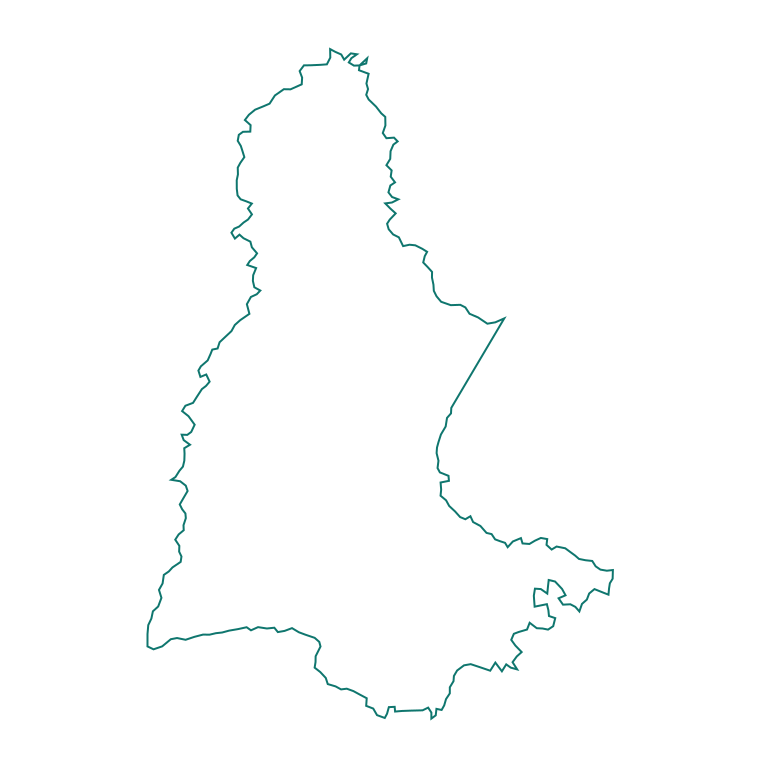 the district of Curiúva, Paraná, Brazil, rotated 91°
{"feature_id": "56859067B60158173391359", "entity_name": "Curiúva", "entity_type": "district", "adm_level": 2, "iso_a3": "BRA", "parent_name": "Brazil", "parent_adm1": "Paraná", "projection": "albers", "projection_center": [-50.47, -23.991], "detail": "fine", "context": "isolated", "style": "outline", "palette": "teal", "viewbox_px": 768, "rotation_deg": 91, "n_neighbors": 0, "source": "geoboundaries", "source_scale": "gbopen_adm2", "svg_char_len": 4346}
<svg xmlns="http://www.w3.org/2000/svg" viewBox="0 0 768 768"><g transform="rotate(91 384 384)"><path d="M65.9,414.0L66.2,419.6L63.1,424.8L58.8,422.3L54.8,416.8L54.0,422.9L60.4,429.5L55.3,432.5L52.8,438.4L50.1,443.7L58.6,443.4L65.4,446.7L66.0,453.3L66.6,462.9L66.8,469.6L72.6,473.8L79.1,471.2L85.8,471.5L91.0,482.6L91.0,489.3L97.4,498.1L105.7,503.3L108.5,509.5L112.0,517.7L117.2,523.8L122.5,527.7L127.5,521.9L134.0,522.1L134.3,529.4L137.4,533.5L143.4,534.5L148.5,531.3L153.5,529.6L159.6,527.6L165.4,531.5L170.2,534.0L177.0,533.7L182.8,534.8L191.4,534.6L198.0,533.7L201.8,530.6L203.8,524.8L205.9,519.3L210.9,523.1L216.7,519.0L221.9,522.8L225.0,527.2L229.1,531.6L231.3,536.4L235.4,539.2L241.2,535.6L237.2,531.1L240.7,527.0L244.0,520.1L249.6,518.5L255.6,513.2L259.6,515.9L263.4,520.3L267.4,522.8L270.3,513.9L277.5,516.7L283.2,516.9L289.6,515.3L292.7,509.3L296.5,512.8L299.3,518.6L306.6,522.5L316.2,519.8L322.7,528.9L327.6,534.2L333.7,537.4L345.1,549.1L351.4,551.0L352.6,556.3L356.9,557.9L363.5,560.7L369.5,567.4L373.8,569.8L380.1,567.7L377.6,561.9L384.7,558.4L389.0,561.9L392.3,566.0L400.6,571.2L406.2,574.6L409.2,582.2L414.6,585.4L419.6,578.9L428.0,572.6L435.3,575.9L438.3,579.8L438.2,585.4L443.6,583.3L448.1,576.9L451.7,582.6L457.2,582.2L464.1,582.3L470.1,583.6L474.3,587.0L480.7,590.9L483.5,595.0L484.8,586.1L489.1,580.4L494.4,578.5L501.7,582.6L508.0,586.1L512.8,583.6L516.9,580.3L521.6,579.8L528.7,582.0L533.7,581.7L538.0,586.7L543.3,590.0L549.4,585.8L555.2,585.9L560.0,583.5L565.4,584.2L571.1,592.3L575.2,595.9L578.7,600.8L587.3,601.9L593.8,605.4L601.7,602.8L610.4,605.9L615.3,611.1L622.6,612.5L629.2,615.5L638.1,616.1L650.5,615.9L653.3,609.8L650.2,601.2L642.9,592.7L641.6,586.5L643.2,577.9L640.1,569.1L637.7,560.5L637.7,554.1L636.1,547.8L635.3,541.5L633.3,534.6L631.6,525.6L629.6,517.1L632.6,512.7L629.3,505.7L630.5,496.8L629.6,489.4L633.9,485.8L632.6,479.1L629.7,471.7L633.7,464.8L636.0,458.3L639.0,448.9L643.0,444.2L647.6,442.9L657.4,447.6L663.2,447.6L668.8,448.4L673.1,442.7L678.9,437.1L685.0,435.0L687.2,427.1L690.1,421.6L689.3,415.9L691.6,409.2L695.1,402.5L698.5,395.8L706.1,396.2L708.7,389.1L715.2,385.2L717.9,377.4L713.6,375.2L707.0,373.5L706.6,367.7L711.3,367.2L710.6,360.3L710.1,351.1L709.6,339.7L706.8,334.2L711.7,330.9L717.7,330.8L714.4,326.5L707.9,325.9L708.9,320.7L704.3,318.2L698.0,316.5L692.2,312.8L686.1,312.9L679.9,309.3L674.7,309.0L669.2,305.9L663.9,299.1L662.6,292.4L665.4,283.4L668.8,272.8L660.6,267.8L669.2,261.1L662.2,256.9L665.4,252.3L667.0,245.9L659.9,250.6L654.1,246.5L649.6,241.7L643.2,248.1L637.6,252.3L631.5,249.8L629.6,245.0L627.0,236.7L620.2,234.2L625.5,227.0L625.7,221.2L626.7,215.7L623.2,210.6L615.1,208.7L613.1,215.0L607.3,215.7L601.3,217.3L604.0,229.5L593.1,230.5L586.0,229.5L586.3,223.6L590.7,217.1L583.5,216.5L577.1,215.9L578.5,209.5L585.8,202.4L592.1,198.8L595.2,205.7L601.5,201.2L601.0,193.8L603.5,188.8L608.0,184.7L600.4,182.2L596.0,177.4L589.9,175.2L585.4,170.0L588.9,160.8L590.7,155.9L584.4,155.4L579.3,154.7L574.7,152.0L566.0,151.9L566.8,157.9L565.8,164.4L562.6,169.2L557.3,172.7L556.7,179.4L555.5,186.0L552.2,189.9L549.1,194.3L545.1,199.9L543.5,208.6L546.6,213.5L542.0,218.7L536.2,218.1L535.2,224.5L538.0,230.3L541.4,235.8L541.0,242.7L535.7,244.4L539.2,252.4L545.0,257.5L540.7,260.2L539.2,265.1L537.4,270.2L532.2,273.8L531.1,278.9L524.3,285.1L520.5,292.5L514.7,295.3L517.8,300.3L515.7,305.6L510.2,310.7L504.8,316.7L499.2,319.9L494.7,325.5L488.6,325.0L481.5,325.7L479.7,317.4L474.7,317.9L471.4,326.6L467.1,329.0L459.8,328.2L452.2,330.2L446.6,329.9L441.1,328.5L433.5,326.2L425.4,321.6L416.8,320.4L412.2,316.5L406.7,316.3L316.3,264.9L320.4,273.8L321.9,281.7L315.8,291.1L312.3,299.7L306.0,304.0L303.5,309.1L304.0,318.6L300.8,328.3L295.4,333.0L290.0,335.8L283.8,336.3L276.7,337.9L271.1,337.9L266.3,342.4L261.8,346.9L255.5,345.5L251.1,343.2L248.1,348.2L244.8,355.1L244.3,360.9L245.8,367.3L237.1,371.7L234.3,377.5L229.2,382.0L223.7,383.7L219.5,381.1L213.2,375.3L208.5,380.7L203.4,385.9L202.4,379.2L199.1,372.9L196.9,379.2L192.3,382.9L185.4,381.1L182.2,376.5L176.6,380.9L170.3,380.1L165.2,385.4L158.8,381.7L151.1,381.5L144.5,378.8L141.2,374.6L137.5,378.3L138.2,385.9L133.1,389.6L125.5,387.1L116.9,387.4L113.4,391.5L106.8,396.8L99.8,404.3L95.2,406.8L89.4,405.1L83.9,406.8L74.1,404.8L70.7,414.5L65.9,414.0ZM65.9,414.0L63.8,407.4L58.6,406.5L65.9,414.0Z" fill="none" stroke="#0f766e" stroke-width="2"/></g></svg>